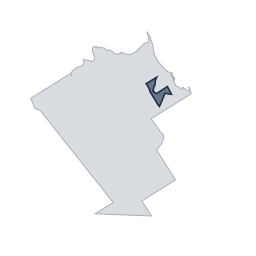 location of Akjoujt, Inchiri, Mauritania, rotated 148°
{"feature_id": "47542326B26316239883363", "entity_name": "Akjoujt", "entity_type": "district", "adm_level": 2, "iso_a3": "MRT", "parent_name": "Mauritania", "parent_adm1": "Inchiri", "projection": "robinson", "projection_center": [-14.718, 19.947], "detail": "fine", "context": "in_parent", "style": "filled", "palette": "slate", "viewbox_px": 256, "rotation_deg": 148, "n_neighbors": 0, "source": "geoboundaries", "source_scale": "gbopen_adm2", "svg_char_len": 3539}
<svg xmlns="http://www.w3.org/2000/svg" viewBox="0 0 256 256"><g transform="rotate(148 128 128)"><path d="M112.7,214.2L112.4,214.1L111.1,213.1L110.5,211.9L109.5,211.0L108.0,210.4L107.1,209.7L106.7,209.0L106.2,208.5L105.6,208.2L105.6,207.9L105.7,207.5L105.6,206.8L104.7,205.3L104.0,204.5L103.3,204.7L102.9,204.5L102.7,204.1L102.6,203.6L102.2,203.2L101.4,203.0L100.8,201.8L100.3,199.7L99.7,198.0L98.9,196.8L98.4,196.4L98.0,196.3L97.8,196.1L97.7,195.8L97.1,195.7L96.3,196.0L95.6,195.9L95.2,195.3L94.7,195.3L94.1,195.7L93.3,195.6L92.6,194.8L92.1,194.1L92.0,193.3L90.7,191.8L88.1,189.6L85.3,188.6L82.2,188.7L80.5,188.6L80.1,188.2L79.7,188.3L79.4,188.7L79.0,188.8L78.5,188.5L78.3,188.7L78.2,189.3L77.1,189.6L75.0,189.6L73.4,189.9L72.1,190.6L70.3,190.9L68.0,190.8L66.6,190.6L66.1,190.2L65.5,190.1L64.6,190.3L63.8,191.4L63.2,193.4L62.6,194.5L62.2,194.8L61.7,196.3L61.4,198.8L61.0,199.9L61.0,193.7L61.7,191.4L61.9,189.3L63.3,184.8L65.0,181.1L66.6,176.2L67.2,171.4L67.0,166.8L66.5,162.6L65.7,159.9L65.0,156.0L63.9,153.9L61.8,152.0L61.4,151.0L61.9,150.6L63.1,150.3L63.9,148.9L62.2,149.4L64.2,145.1L64.8,142.1L64.7,140.1L65.1,138.9L63.6,136.3L62.4,133.0L61.8,132.5L61.2,132.3L61.2,133.0L60.8,133.7L60.1,133.3L58.9,130.9L57.1,127.0L56.5,126.6L55.9,127.2L55.6,127.7L55.0,130.9L54.8,129.6L55.1,128.1L55.5,126.2L56.0,123.6L57.6,123.6L60.3,123.6L65.8,123.6L68.6,123.6L74.1,123.6L76.9,123.6L82.4,123.6L85.1,123.6L90.7,123.6L93.4,123.6L98.9,123.6L101.7,123.6L103.5,123.6L103.4,121.7L103.3,120.3L103.2,118.3L103.1,116.3L102.9,114.4L102.8,112.5L102.7,110.7L102.6,109.0L102.5,107.4L102.4,106.5L101.8,104.8L101.6,103.9L101.8,102.9L102.2,102.0L103.3,100.4L104.9,99.2L106.7,97.8L108.2,96.7L108.9,96.4L111.1,96.0L112.9,95.2L114.6,94.4L115.3,93.9L115.4,92.4L115.2,58.8L123.6,58.8L125.9,58.8L141.4,58.8L143.6,58.8L154.9,58.8L154.9,57.2L154.9,55.0L154.8,51.9L154.8,48.7L154.7,43.2L154.6,40.9L156.9,42.4L161.4,45.5L163.7,47.1L168.2,50.1L172.7,53.2L177.2,56.3L179.5,57.8L181.8,59.3L184.0,60.9L186.3,62.4L190.9,65.5L192.8,66.8L195.7,68.8L198.4,70.8L201.2,72.7L197.0,72.7L191.4,72.7L187.6,72.7L183.7,72.7L180.0,72.7L180.4,75.9L180.8,79.4L181.2,82.8L181.6,86.3L181.9,89.7L183.1,100.1L183.5,103.5L183.9,107.0L184.3,110.4L184.7,113.9L185.4,120.8L185.8,124.3L186.2,127.7L186.6,131.2L187.0,134.6L187.4,138.1L188.2,145.0L188.6,148.4L188.9,151.9L189.3,155.3L189.7,158.8L190.1,162.2L190.5,165.7L190.9,169.2L191.6,176.1L192.0,179.5L192.4,183.0L192.8,186.4L193.2,189.8L194.6,191.5L196.5,193.7L196.0,196.9L195.4,200.6L194.8,204.7L189.7,204.7L184.8,204.7L172.4,204.7L169.9,204.7L157.6,204.7L155.1,204.7L150.3,204.7L148.9,204.6L148.4,204.3L148.2,202.1L147.8,202.3L147.3,202.9L147.0,203.6L147.1,204.5L147.0,205.2L145.4,205.5L143.3,206.0L141.0,206.4L138.7,206.2L138.0,206.1L137.1,205.8L135.3,205.5L134.3,205.4L133.2,205.5L131.9,205.7L131.4,206.1L130.4,207.6L129.5,209.5L128.8,209.5L128.1,208.5L126.1,206.6L123.7,204.1L122.6,202.9L122.1,202.7L120.9,203.6L120.0,204.4L118.9,205.6L118.5,206.8L118.1,208.2L118.0,209.8L117.6,211.6L116.8,213.1L115.8,214.3L115.1,214.8L114.8,215.1L112.7,214.2ZM63.1,146.2L62.3,147.5L62.0,147.0L61.8,146.1L62.5,144.9L62.8,144.2L63.4,144.0L63.1,146.2Z" fill="#d9dde1" stroke="#a8b0b8" stroke-width="1"/><path d="M76.7,155.8L77.0,155.8L85.6,156.0L89.1,156.1L89.2,150.0L90.0,147.9L90.1,142.4L90.3,132.2L89.9,129.6L87.7,131.1L86.6,131.8L78.3,137.8L73.3,133.5L72.8,138.9L72.6,142.3L85.7,142.1L86.9,144.7L86.6,145.5L87.2,146.4L86.2,147.2L83.9,149.3L83.7,149.4L82.8,149.7L80.6,152.4L79.7,153.8L76.7,155.8Z" fill="#64748b" stroke="#1e293b" stroke-width="1.5"/></g></svg>